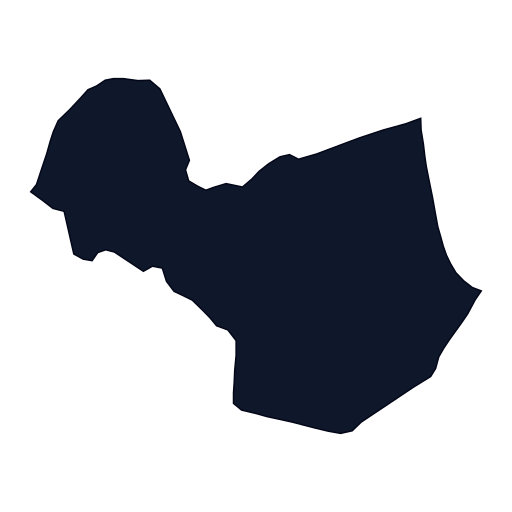 outline of Balneário Piçarras, Santa Catarina, Brazil
{"feature_id": "56859067B52127181831063", "entity_name": "Balneário Piçarras", "entity_type": "district", "adm_level": 2, "iso_a3": "BRA", "parent_name": "Brazil", "parent_adm1": "Santa Catarina", "projection": "orthographic", "projection_center": [-48.738, -26.761], "detail": "fine", "context": "isolated", "style": "filled", "palette": "ink", "viewbox_px": 512, "rotation_deg": 0, "n_neighbors": 0, "source": "geoboundaries", "source_scale": "gbopen_adm2", "svg_char_len": 1351}
<svg xmlns="http://www.w3.org/2000/svg" viewBox="0 0 512 512"><path d="M80.0,98.6L69.1,110.2L58.2,120.7L53.3,131.8L50.4,140.7L46.6,154.1L41.5,169.3L36.5,184.5L30.7,191.8L42.4,200.3L52.9,208.4L64.1,211.3L73.8,254.0L83.1,259.1L92.1,260.7L97.7,252.6L105.7,249.8L114.3,252.0L143.4,271.3L152.4,266.2L162.3,268.1L166.5,281.4L174.1,291.4L181.8,295.0L192.2,300.1L203.0,310.6L209.9,317.7L216.6,325.8L227.8,329.9L236.1,340.6L236.1,355.4L234.7,370.6L234.2,382.2L233.5,392.9L233.5,403.4L241.6,410.1L256.4,413.6L267.0,416.6L276.3,418.6L292.2,422.1L306.1,425.7L315.8,428.2L328.3,431.2L340.6,433.4L352.2,430.8L361.2,422.1L413.4,387.2L430.7,376.5L435.6,368.5L438.8,356.8L443.7,348.3L449.9,339.0L456.4,330.0L461.9,322.3L467.7,313.8L475.3,299.6L481.3,290.9L472.3,287.5L463.7,280.8L455.9,272.7L450.5,263.6L446.4,255.1L443.2,245.9L440.6,236.4L437.8,226.7L435.5,214.1L432.5,197.3L428.8,179.1L426.2,165.9L424.8,156.2L423.4,144.0L421.1,130.0L420.7,118.3L406.3,123.6L392.7,127.4L383.2,130.0L359.7,137.8L347.4,142.4L330.6,148.7L316.5,154.0L298.5,159.2L289.5,154.6L280.0,156.8L268.7,163.7L259.0,171.4L252.0,178.9L242.5,187.0L226.1,183.6L214.2,187.2L205.8,190.2L197.7,186.2L188.7,180.9L185.5,169.8L189.4,160.3L180.4,131.7L159.9,88.9L149.7,80.2L137.9,80.6L123.4,78.6L113.4,78.6L105.2,80.2L96.3,86.1L88.0,89.7L80.0,98.6Z" fill="#0f172a" stroke="#020617" stroke-width="1.5"/></svg>